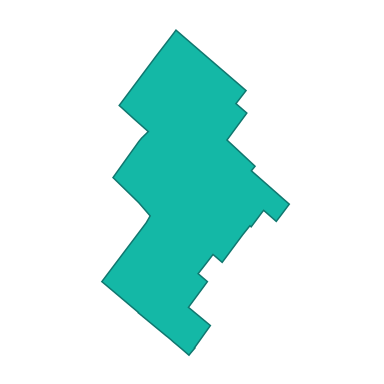 outline of General Guido, Buenos Aires, Argentina, rotated 356°
{"feature_id": "61730980B41979026536133", "entity_name": "General Guido", "entity_type": "district", "adm_level": 2, "iso_a3": "ARG", "parent_name": "Argentina", "parent_adm1": "Buenos Aires", "projection": "equal_earth", "projection_center": [-57.976, -36.677], "detail": "fine", "context": "isolated", "style": "filled", "palette": "teal", "viewbox_px": 384, "rotation_deg": 356, "n_neighbors": 0, "source": "geoboundaries", "source_scale": "gbopen_adm2", "svg_char_len": 897}
<svg xmlns="http://www.w3.org/2000/svg" viewBox="0 0 384 384"><g transform="rotate(356 192 192)"><path d="M201.0,326.5L180.4,306.8L201.1,282.5L192.4,273.9L201.1,264.3L208.6,255.8L217.2,264.3L224.6,255.7L227.3,252.5L239.4,238.4L247.4,229.7L248.6,230.9L260.6,217.0L262.2,215.3L274.0,227.2L280.0,220.4L288.2,210.9L283.3,206.0L252.7,175.0L256.7,170.7L230.5,142.6L252.2,117.1L244.8,109.7L242.0,106.9L253.0,94.6L209.9,51.9L187.3,29.4L183.1,34.3L165.2,54.5L125.4,100.6L139.0,114.8L152.6,128.7L145.4,134.8L142.4,138.0L118.4,167.0L114.2,172.1L138.1,198.9L148.6,212.9L144.2,219.5L143.4,220.4L142.9,221.0L95.8,275.1L130.1,308.4L129.9,308.7L145.9,323.9L149.7,327.5L155.9,333.4L157.5,334.8L160.3,337.5L163.3,340.6L165.1,342.3L167.5,344.6L173.1,350.1L177.6,354.6L179.5,352.5L184.0,347.9L183.6,347.6L188.5,341.7L194.0,335.0L198.9,329.1L201.0,326.5Z" fill="#14b8a6" stroke="#0f766e" stroke-width="1.5"/></g></svg>